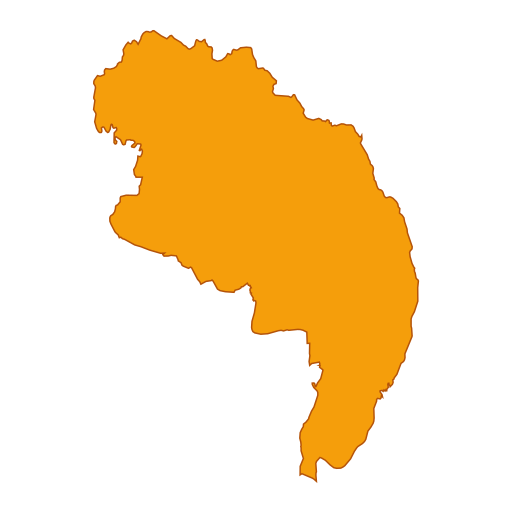 outline of Tebo, Jambi, Indonesia
{"feature_id": "22746128B61304276790881", "entity_name": "Tebo", "entity_type": "district", "adm_level": 2, "iso_a3": "IDN", "parent_name": "Indonesia", "parent_adm1": "Jambi", "projection": "equal_earth", "projection_center": [102.337, -1.395], "detail": "fine", "context": "isolated", "style": "filled", "palette": "amber", "viewbox_px": 512, "rotation_deg": 0, "n_neighbors": 0, "source": "geoboundaries", "source_scale": "gbopen_adm2", "svg_char_len": 5996}
<svg xmlns="http://www.w3.org/2000/svg" viewBox="0 0 512 512"><path d="M414.7,268.2L413.9,267.3L412.0,263.4L410.1,256.7L409.6,252.5L410.1,251.1L412.0,248.9L412.2,246.7L407.4,232.8L407.0,229.0L404.6,221.8L403.9,217.8L402.2,215.3L399.5,213.1L399.8,208.5L398.3,206.9L397.8,204.0L396.4,201.7L393.0,198.3L390.7,197.0L389.4,196.9L386.8,197.7L385.5,197.5L384.2,196.0L382.9,192.2L382.0,190.8L380.8,189.9L379.1,189.5L378.0,188.6L376.8,185.8L375.8,181.9L374.0,179.5L374.2,178.1L372.8,173.4L373.4,168.6L373.0,167.0L372.2,165.7L370.4,164.1L369.9,161.3L368.6,159.1L367.2,154.7L360.6,143.7L360.4,142.9L361.8,139.9L362.0,138.8L361.7,135.3L360.8,137.0L359.1,136.4L357.8,134.2L355.4,131.6L354.1,128.0L353.1,126.3L351.1,124.9L346.5,125.0L343.6,124.0L341.3,123.9L336.4,125.8L334.9,125.2L332.2,126.1L331.4,125.4L331.1,122.9L329.5,123.1L329.2,121.0L328.7,120.3L327.3,119.8L326.5,120.3L325.6,121.6L324.4,121.0L322.2,120.9L321.2,119.6L318.8,118.4L313.1,120.1L307.4,118.5L305.6,117.2L303.2,113.2L304.1,109.9L303.6,108.7L301.7,106.6L299.9,103.2L297.0,99.9L294.6,94.8L293.4,94.7L291.9,96.7L290.9,97.4L288.5,96.3L275.2,95.3L272.8,92.7L272.5,91.6L273.4,88.5L272.9,86.2L274.0,84.3L276.1,83.6L276.4,80.8L272.2,77.2L269.8,73.3L267.2,70.8L264.8,70.2L263.5,68.3L262.8,68.0L258.2,68.7L257.0,67.7L256.4,66.6L255.8,60.9L253.8,57.6L252.5,54.5L251.7,49.0L250.7,47.6L246.4,47.2L240.5,47.8L237.9,49.8L236.5,50.2L233.7,49.4L233.1,49.8L232.2,51.1L231.7,53.7L230.1,54.7L228.9,53.8L227.7,53.6L225.8,56.9L222.4,59.7L221.5,60.3L217.3,61.2L213.0,59.3L212.2,58.6L211.9,53.8L212.5,50.3L212.1,47.9L211.1,46.9L208.8,46.8L207.7,46.1L206.6,43.6L205.4,42.5L205.2,40.6L204.8,39.5L204.1,39.6L201.6,41.7L199.2,41.4L197.5,40.0L196.5,39.8L195.8,41.1L194.6,45.8L191.0,48.5L189.3,49.2L188.0,48.6L185.7,46.2L183.5,45.1L180.9,42.4L174.3,38.5L171.6,35.5L170.2,35.7L166.9,38.8L161.3,35.9L153.9,30.7L152.7,30.8L151.3,31.9L149.5,32.2L148.2,31.6L146.1,31.5L144.2,32.6L142.8,34.0L141.2,37.0L140.9,38.8L138.1,44.3L136.5,41.7L134.2,40.2L132.5,41.1L131.7,43.0L130.7,43.9L128.5,42.9L128.1,42.3L125.9,44.9L123.1,49.8L123.8,53.8L123.5,55.4L122.4,56.9L122.1,60.4L121.3,62.1L119.4,62.3L118.3,63.2L117.5,64.0L117.6,64.4L116.3,66.6L113.8,68.2L110.1,69.2L105.8,68.6L104.6,70.0L104.3,71.6L104.6,73.8L104.2,74.7L100.2,76.3L97.5,75.6L94.2,80.3L93.8,81.8L93.8,83.7L95.2,85.9L95.5,87.8L93.8,97.2L93.9,98.6L94.9,100.3L93.6,109.5L95.8,113.2L96.0,114.6L94.7,121.8L96.6,128.4L97.8,130.5L98.6,131.8L99.9,132.6L101.4,132.4L101.9,131.0L101.4,128.0L102.6,127.0L103.4,127.0L104.0,127.3L106.1,131.2L107.7,132.5L108.6,132.1L110.1,129.3L110.9,125.0L111.4,124.3L112.2,124.6L113.0,127.6L113.8,128.2L116.2,127.5L116.7,128.4L116.7,130.1L114.2,132.9L114.0,142.5L114.7,143.7L115.5,144.0L116.4,143.5L116.8,141.4L115.3,139.9L115.0,138.5L115.3,137.2L116.0,136.7L120.5,139.7L122.6,144.3L123.7,144.8L125.1,144.3L126.0,140.7L126.6,140.0L130.3,139.7L130.8,140.2L133.0,140.3L134.3,141.2L134.9,142.2L134.9,143.1L132.0,145.5L131.5,146.3L131.8,147.0L134.1,147.5L135.2,146.6L137.3,143.7L140.3,144.0L140.8,144.2L141.0,145.2L139.3,150.4L139.9,150.7L140.9,149.4L141.6,149.2L142.4,151.1L142.1,153.6L140.8,156.3L140.3,156.7L137.9,156.1L137.6,160.2L135.6,166.4L133.7,169.6L134.4,174.5L135.8,176.4L136.0,177.2L142.3,177.2L140.6,184.8L139.2,186.2L139.5,189.5L139.1,193.6L136.9,195.4L126.2,195.2L120.8,196.6L120.2,198.0L120.2,201.8L117.5,205.0L116.2,205.4L115.6,206.4L115.4,208.9L114.6,211.9L112.7,214.5L112.3,214.3L112.6,214.5L110.7,215.8L110.1,216.9L109.8,218.0L109.9,221.2L111.0,224.1L114.7,231.3L115.5,232.5L118.2,234.9L119.3,237.7L120.8,237.2L122.5,238.7L124.5,239.3L134.7,244.9L140.9,246.7L149.7,250.1L160.7,253.3L164.5,253.1L162.8,254.6L164.0,256.1L168.3,256.0L171.1,255.3L176.4,255.9L178.2,260.0L178.2,260.8L181.0,262.7L182.0,265.2L183.2,266.1L188.5,268.3L190.6,267.1L191.6,267.8L197.6,279.3L199.8,281.8L200.9,284.2L206.0,281.4L211.2,280.6L212.0,280.0L213.1,281.1L217.5,289.1L220.0,290.6L225.3,291.7L234.0,292.3L235.1,290.2L238.8,289.2L240.9,287.9L241.4,286.8L242.8,286.7L247.3,283.2L248.5,285.3L250.2,285.5L250.1,286.4L250.9,287.0L251.3,287.8L250.4,288.2L249.9,290.0L250.4,291.9L250.3,292.8L251.4,293.1L251.0,294.2L253.3,297.9L252.9,299.9L253.5,300.0L253.8,300.9L254.4,300.6L255.6,300.9L256.0,302.8L254.4,312.9L252.0,321.3L251.6,327.4L252.0,329.6L252.9,331.6L254.8,332.9L260.8,334.2L267.8,333.7L278.4,330.7L281.1,330.3L283.6,330.9L287.1,329.8L288.8,330.3L297.6,329.4L300.2,329.5L303.0,330.2L306.8,332.1L307.2,343.4L309.7,343.3L309.5,353.5L309.9,355.7L309.1,361.5L309.7,365.4L311.7,363.5L319.3,362.1L319.8,363.7L319.7,365.3L319.3,365.4L320.0,365.6L319.6,367.3L322.8,369.8L322.9,370.4L320.7,378.7L317.6,382.9L315.9,386.6L315.3,386.6L314.8,383.9L314.0,383.0L312.2,383.1L312.3,384.5L313.8,387.5L317.1,390.9L317.8,392.5L317.8,395.3L314.0,407.0L311.5,411.2L308.9,417.4L308.7,418.7L305.9,422.2L303.5,424.1L303.3,426.7L301.7,429.3L300.2,432.7L299.8,438.1L300.8,442.1L301.1,445.3L300.8,446.5L301.1,447.8L301.1,450.8L303.4,458.5L300.2,466.3L300.1,474.9L301.9,473.7L312.3,478.1L313.8,479.0L316.4,481.3L315.9,475.2L316.0,472.7L316.4,471.9L315.8,463.4L316.5,461.4L319.9,457.5L321.5,458.0L325.4,460.3L330.1,464.9L333.8,467.7L336.7,468.3L340.8,468.1L343.0,467.0L344.8,465.7L350.6,458.8L354.4,451.3L356.8,447.7L357.9,446.5L362.5,443.5L364.5,441.5L365.8,439.3L367.9,431.1L370.9,427.1L373.1,423.3L373.8,421.1L374.1,418.0L373.8,408.5L376.6,401.1L376.6,399.5L377.5,398.4L380.2,398.9L381.0,398.0L381.4,395.9L382.5,396.9L382.0,394.6L380.0,391.8L380.1,390.8L382.2,390.4L383.1,391.4L384.0,389.9L385.0,391.0L385.8,389.8L386.3,390.8L386.7,390.8L386.8,389.3L388.3,387.3L387.8,384.4L388.2,383.3L388.9,383.3L388.8,384.9L389.7,385.2L390.1,386.7L392.4,384.3L393.1,382.4L392.8,379.9L393.9,379.1L394.2,377.9L396.9,374.3L401.0,363.4L403.5,361.5L404.5,359.8L405.0,357.6L404.9,353.8L411.9,336.8L412.1,335.9L411.6,328.1L411.1,326.3L411.1,318.9L411.9,316.4L414.4,311.7L417.8,301.2L417.7,287.6L418.4,281.0L417.8,279.7L416.6,278.9L416.0,277.8L415.2,273.1L414.5,271.6L414.3,269.4L414.7,268.2Z" fill="#f59e0b" stroke="#b45309" stroke-width="1.5"/></svg>